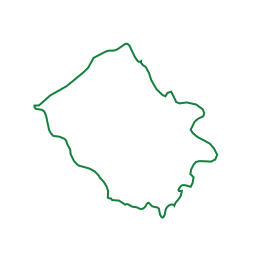 Afrin, Aleppo, Syria (Robinson projection), rotated 305°
{"feature_id": "27442178B88911382861768", "entity_name": "Afrin", "entity_type": "district", "adm_level": 2, "iso_a3": "SYR", "parent_name": "Syria", "parent_adm1": "Aleppo", "projection": "robinson", "projection_center": [36.751, 36.572], "detail": "fine", "context": "isolated", "style": "outline", "palette": "green", "viewbox_px": 256, "rotation_deg": 305, "n_neighbors": 0, "source": "geoboundaries", "source_scale": "gbopen_adm2", "svg_char_len": 2847}
<svg xmlns="http://www.w3.org/2000/svg" viewBox="0 0 256 256"><g transform="rotate(305 128 128)"><path d="M157.8,215.3L160.5,210.3L162.1,204.1L161.5,197.6L160.5,190.4L161.0,183.9L162.6,180.3L171.3,179.0L175.6,180.0L180.8,182.9L184.0,181.9L186.2,178.3L186.3,173.2L186.4,170.5L182.6,161.4L177.8,156.2L176.9,152.6L179.6,148.0L182.5,142.5L179.5,140.3L178.2,140.3L175.4,140.4L174.8,137.2L175.7,132.0L175.9,130.4L176.2,128.9L180.5,119.7L185.2,113.5L188.1,107.6L188.1,104.1L188.9,101.2L190.2,100.4L189.4,100.1L188.5,99.1L188.4,97.8L188.4,97.5L189.2,95.3L189.4,94.7L189.9,93.3L196.2,82.1L196.3,81.9L196.5,80.2L196.6,79.7L196.6,79.4L196.1,78.3L195.9,78.2L195.2,77.6L194.9,77.4L193.3,76.8L188.8,75.1L187.8,74.7L186.6,74.2L186.2,74.1L183.4,72.1L180.5,68.1L178.6,66.5L177.8,65.9L171.5,62.6L165.7,59.6L164.5,59.7L163.7,59.8L162.4,60.0L161.6,60.0L161.0,60.1L154.4,60.8L153.0,60.5L151.8,60.3L148.1,59.6L127.7,53.9L126.0,53.2L115.7,48.3L111.8,46.4L110.0,45.6L97.0,42.5L95.4,42.1L95.1,41.7L92.7,38.5L92.1,39.0L91.4,39.5L90.8,41.6L91.3,42.6L92.1,44.2L93.1,46.1L93.3,46.5L93.4,46.8L93.6,47.4L93.6,47.5L93.6,47.8L93.5,48.6L93.5,49.0L93.5,49.8L92.9,50.8L91.3,53.5L89.2,55.9L88.3,56.8L85.4,59.9L84.8,60.6L81.1,64.5L80.6,65.5L80.0,66.6L79.6,67.3L79.5,67.9L79.0,69.7L78.7,70.8L79.1,72.3L80.1,74.1L81.7,77.1L82.6,81.8L82.7,82.4L82.2,84.6L81.0,86.2L80.8,86.5L79.8,87.8L79.1,89.1L77.3,92.8L74.6,95.3L74.4,95.4L74.1,95.5L73.9,95.6L70.0,102.6L69.7,104.1L69.0,107.2L69.0,107.9L68.9,108.7L68.9,109.0L69.7,111.3L72.4,118.8L73.0,121.9L73.0,122.3L73.3,125.8L72.2,131.4L71.1,133.5L71.1,133.8L70.7,135.6L69.8,139.5L67.8,144.0L67.6,144.3L65.0,147.8L60.9,150.4L59.4,151.4L59.4,152.7L60.0,153.6L60.5,154.4L60.0,156.3L59.9,156.4L62.1,160.1L63.4,162.3L63.6,168.1L63.6,169.7L64.2,170.1L65.0,170.6L65.5,171.9L65.8,174.6L65.9,176.4L66.7,178.0L67.7,180.0L68.1,180.7L68.2,181.3L68.5,183.3L68.5,183.7L68.6,183.9L69.2,185.2L69.3,185.3L70.3,186.4L71.3,186.8L72.0,187.0L72.7,187.1L73.9,187.3L74.0,187.3L76.4,186.9L77.2,187.1L78.3,187.4L78.4,187.8L78.6,188.4L77.8,192.1L77.7,192.7L78.5,194.8L79.1,196.1L79.3,196.6L79.7,197.7L79.7,197.9L79.7,199.5L77.1,202.2L75.4,203.9L75.3,204.2L74.8,205.4L74.3,206.4L74.3,206.5L74.3,206.8L74.3,207.3L74.3,207.5L75.3,208.1L78.0,207.8L82.9,205.6L83.0,205.6L85.8,205.4L86.5,205.6L87.4,205.9L88.3,206.1L89.4,206.8L90.2,207.3L90.9,208.5L91.0,208.7L91.0,210.2L90.9,210.5L92.0,210.2L93.8,209.9L95.7,209.9L97.5,210.2L98.7,210.2L101.6,210.2L103.5,209.9L104.5,209.3L106.2,208.8L107.4,208.2L106.6,207.2L105.6,206.0L105.9,205.3L106.4,204.8L108.1,204.6L110.3,204.6L111.6,204.9L112.6,205.6L113.3,206.6L114.0,207.8L114.5,209.1L115.0,210.8L115.5,212.3L115.8,213.1L119.8,212.5L120.7,212.1L125.3,209.9L126.1,205.4L130.7,203.4L135.6,202.8L139.1,203.1L141.8,205.4L145.0,210.3L148.0,215.2L152.1,217.5L157.2,216.5L157.8,215.3Z" fill="none" stroke="#15803d" stroke-width="2"/></g></svg>